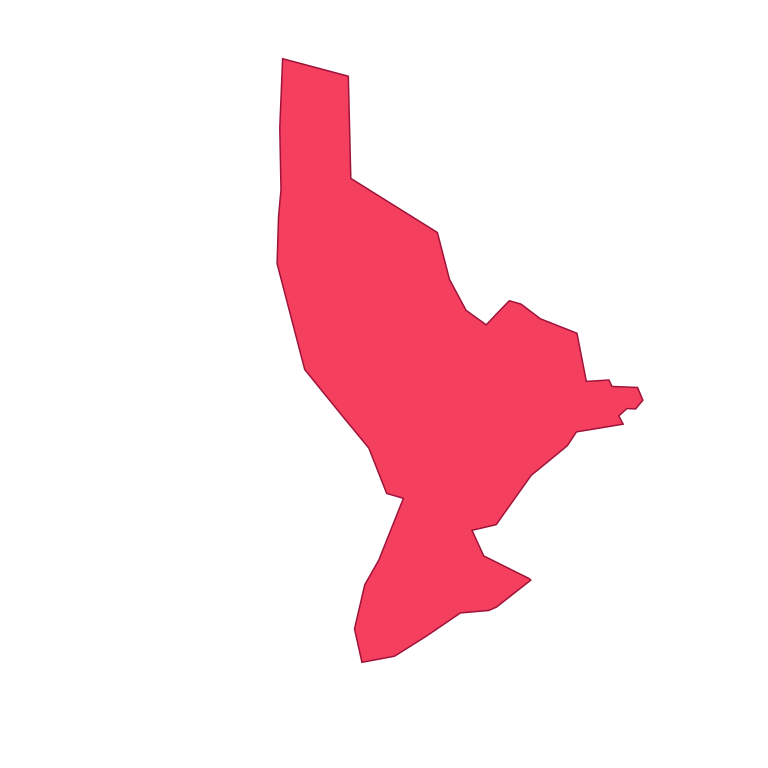 Marte, Borno, Nigeria (Albers equal-area conic projection), rotated 297°
{"feature_id": "59680162B30227281044650", "entity_name": "Marte", "entity_type": "district", "adm_level": 2, "iso_a3": "NGA", "parent_name": "Nigeria", "parent_adm1": "Borno", "projection": "albers", "projection_center": [13.832, 12.441], "detail": "fine", "context": "isolated", "style": "filled", "palette": "rose", "viewbox_px": 768, "rotation_deg": 297, "n_neighbors": 0, "source": "geoboundaries", "source_scale": "gbopen_adm2", "svg_char_len": 795}
<svg xmlns="http://www.w3.org/2000/svg" viewBox="0 0 768 768"><g transform="rotate(297 384 384)"><path d="M489.7,582.6L481.8,569.3L478.2,563.1L516.8,532.9L513.1,493.8L517.4,469.8L515.1,457.9L505.3,454.8L483.1,448.2L486.9,423.7L506.9,394.9L543.2,362.8L552.1,261.1L642.0,212.5L627.8,146.0L565.0,174.8L510.0,204.2L500.1,208.1L484.7,214.3L442.7,234.1L360.9,306.8L349.3,332.8L336.6,361.4L320.0,399.6L287.7,436.1L290.9,453.2L224.8,459.3L196.4,458.0L152.4,468.9L126.0,490.7L146.3,517.0L179.1,536.5L214.7,556.0L229.8,580.2L236.3,585.5L275.8,603.8L276.5,602.2L276.1,550.9L293.6,528.8L309.6,547.8L369.4,556.6L396.7,568.6L412.4,575.4L428.7,577.2L456.8,615.3L462.2,607.7L472.4,611.6L476.0,619.5L487.1,622.0L496.0,611.5L485.3,588.2L489.7,582.6Z" fill="#f43f5e" stroke="#9f1239" stroke-width="1.5"/></g></svg>